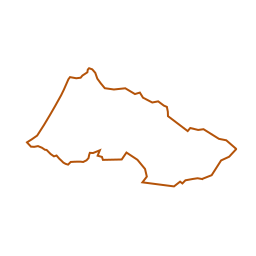 outline of Argaka, Paphos, Cyprus, rotated 349°
{"feature_id": "46923920B98204457284420", "entity_name": "Argaka", "entity_type": "district", "adm_level": 2, "iso_a3": "CYP", "parent_name": "Cyprus", "parent_adm1": "Paphos", "projection": "mercator", "projection_center": [32.504, 35.066], "detail": "fine", "context": "isolated", "style": "outline", "palette": "amber", "viewbox_px": 256, "rotation_deg": 349, "n_neighbors": 0, "source": "geoboundaries", "source_scale": "gbopen_adm2", "svg_char_len": 1181}
<svg xmlns="http://www.w3.org/2000/svg" viewBox="0 0 256 256"><g transform="rotate(349 128 128)"><path d="M229.8,168.6L222.1,158.8L215.2,156.0L201.9,143.6L196.5,143.3L189.1,139.9L186.0,142.4L169.5,124.0L170.2,119.7L170.2,114.7L167.5,112.9L162.7,107.6L156.7,107.6L148.5,101.1L146.4,95.5L141.3,96.0L132.9,88.5L121.5,87.5L112.8,84.5L109.8,79.0L107.3,73.7L106.4,67.6L104.1,63.6L101.2,61.9L99.7,63.0L98.7,65.6L93.3,67.8L91.1,69.6L86.7,69.3L80.8,67.0L78.8,68.8L72.3,78.2L68.6,83.1L60.6,92.6L53.9,100.3L46.1,109.0L37.4,118.1L31.3,120.8L26.1,122.8L26.4,123.4L27.9,125.7L29.2,127.8L32.4,128.6L36.2,128.6L39.7,130.9L42.3,133.5L43.9,134.0L47.1,138.8L49.9,141.7L52.6,141.4L54.6,144.9L56.5,147.5L57.9,149.6L59.9,151.3L62.2,152.5L65.3,150.4L69.6,151.0L74.7,151.9L77.5,152.8L81.1,151.8L83.5,150.0L84.7,147.1L85.8,145.1L88.9,145.9L94.1,144.9L96.1,144.5L92.9,149.4L96.9,151.4L97.3,154.5L115.8,157.7L121.8,151.8L131.2,161.0L136.9,171.5L137.2,179.3L131.8,184.1L132.4,184.3L162.0,194.1L168.9,190.6L170.8,192.8L174.4,190.3L182.0,190.4L186.7,190.6L191.2,192.3L191.3,192.1L201.1,190.3L213.2,177.6L221.8,175.5L229.9,169.6L229.6,168.7L229.8,168.6Z" fill="none" stroke="#b45309" stroke-width="2"/></g></svg>